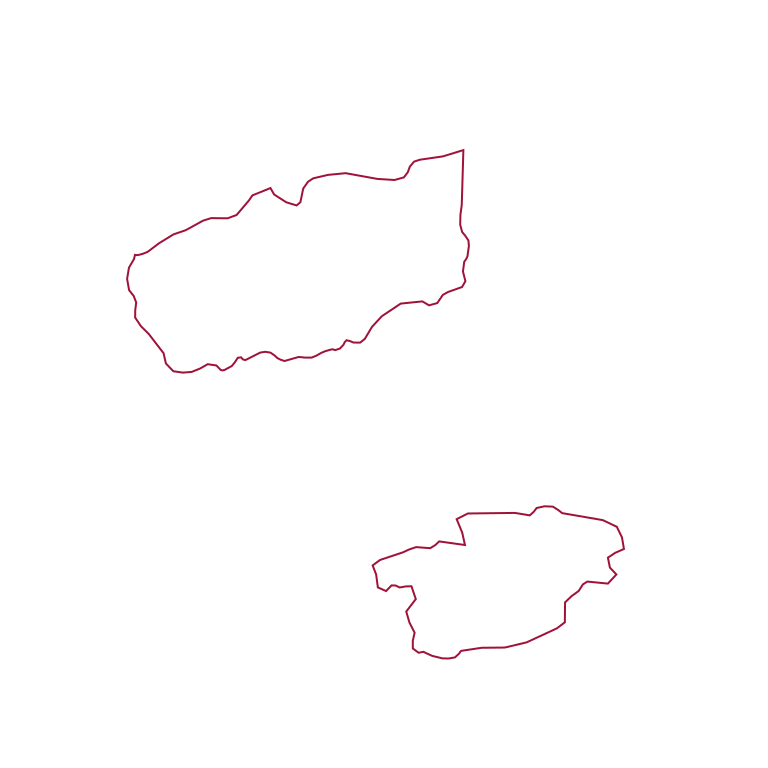 Emberá, Mercator projection, rotated 287°
{"feature_id": "PAN-3455", "entity_name": "Emberá", "entity_type": "Indigenous Territory", "adm_level": 1, "iso_a3": "PAN", "parent_name": "Panama", "parent_adm1": "", "projection": "mercator", "projection_center": [-77.827, 8.183], "detail": "fine", "context": "isolated", "style": "outline", "palette": "rose", "viewbox_px": 768, "rotation_deg": 287, "n_neighbors": 0, "source": "natural_earth", "source_scale": "10m", "svg_char_len": 2207}
<svg xmlns="http://www.w3.org/2000/svg" viewBox="0 0 768 768"><g transform="rotate(287 384 384)"><path d="M538.2,218.1L533.1,223.5L529.2,237.4L529.2,248.2L533.4,250.9L547.3,249.6L555.2,252.2L560.0,256.2L567.6,269.3L574.4,285.7L578.2,317.8L582.2,334.5L587.4,342.6L593.3,344.8L599.5,345.2L605.4,347.7L608.9,352.6L618.9,373.8L630.9,391.5L630.6,391.6L578.0,406.0L568.2,407.6L558.6,410.3L552.2,414.3L549.4,418.5L546.0,422.7L541.0,424.8L530.3,426.5L527.3,426.0L524.4,425.0L514.7,426.6L506.1,431.8L499.6,430.3L490.6,418.2L486.4,414.2L477.0,411.3L472.4,404.1L474.2,396.5L465.8,376.5L448.2,362.1L435.1,355.8L421.6,352.5L416.6,349.1L414.7,342.6L415.1,338.8L414.9,335.4L412.5,334.2L409.7,333.8L405.0,331.5L402.1,327.3L402.2,324.8L401.4,323.1L398.1,318.1L395.4,314.9L391.0,310.7L388.0,306.9L386.2,300.8L384.9,294.5L376.9,282.1L377.0,278.1L377.6,274.5L379.2,271.3L380.8,266.3L380.1,261.1L377.9,256.5L366.3,244.4L366.3,241.8L367.7,239.5L366.3,236.5L361.1,235.0L356.7,233.2L350.9,227.5L349.8,225.7L349.8,224.9L349.7,223.7L352.7,218.3L351.4,209.6L345.1,203.7L339.3,196.5L336.1,188.4L334.6,178.8L339.9,169.4L349.0,164.2L363.0,144.5L368.3,134.5L374.8,126.6L382.0,124.5L389.5,123.2L395.0,118.9L399.2,112.8L409.4,107.6L420.7,106.1L430.5,108.4L434.7,108.1L435.2,110.7L437.7,114.9L441.1,119.2L452.8,127.7L465.5,138.9L473.1,149.4L487.3,163.2L492.1,170.2L496.7,185.9L502.5,193.6L520.1,201.2L525.9,203.0L538.0,217.9L538.2,218.1ZM207.2,426.2L214.6,431.7L228.6,451.4L233.1,456.4L237.4,462.4L240.5,476.2L245.0,480.2L249.6,482.8L253.7,508.5L264.8,502.2L276.0,493.0L284.7,502.1L299.0,546.9L301.0,561.8L305.6,564.6L310.0,566.2L314.0,573.3L316.1,581.4L314.4,587.6L312.6,592.1L317.8,633.0L315.5,648.4L306.9,656.4L296.4,661.7L290.1,654.4L283.4,648.9L274.5,653.7L269.8,661.9L258.6,656.5L254.5,636.2L250.5,632.8L243.0,630.7L236.0,625.4L228.1,621.0L209.0,626.6L200.9,620.8L178.6,595.9L167.3,576.6L160.3,554.5L151.3,535.7L148.1,534.6L143.3,531.8L140.5,526.3L138.7,520.2L138.1,509.4L139.4,499.9L137.1,495.7L139.5,488.9L146.9,486.6L155.1,486.0L163.3,478.1L172.9,471.8L187.6,477.3L198.6,469.4L196.8,464.0L194.0,458.5L194.7,454.1L193.6,450.1L186.6,446.5L187.7,437.6L199.5,432.2L207.2,426.2Z" fill="none" stroke="#9f1239" stroke-width="2"/></g></svg>